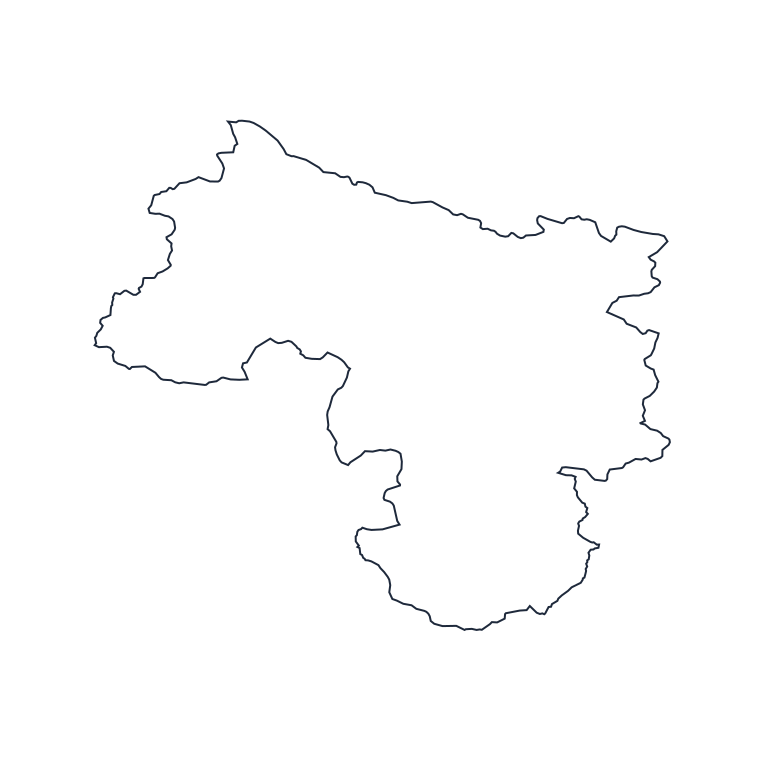 outline of Nam Nhun, Lai Chau, Vietnam, rotated 285°
{"feature_id": "81297802B14703404520131", "entity_name": "Nam Nhun", "entity_type": "district", "adm_level": 2, "iso_a3": "VNM", "parent_name": "Vietnam", "parent_adm1": "Lai Chau", "projection": "equal_earth", "projection_center": [102.988, 22.256], "detail": "fine", "context": "isolated", "style": "outline", "palette": "slate", "viewbox_px": 768, "rotation_deg": 285, "n_neighbors": 0, "source": "geoboundaries", "source_scale": "gbopen_adm2", "svg_char_len": 6153}
<svg xmlns="http://www.w3.org/2000/svg" viewBox="0 0 768 768"><g transform="rotate(285 384 384)"><path d="M457.2,648.5L462.8,643.6L467.7,640.7L468.0,637.6L469.6,632.0L474.6,629.2L475.6,629.4L480.8,634.3L482.4,634.7L488.2,635.8L494.4,635.4L499.2,636.3L504.0,636.2L504.7,626.1L503.7,624.6L500.8,623.6L499.3,621.0L500.5,618.1L503.9,613.0L505.0,602.8L508.4,598.9L511.2,580.7L521.4,583.6L524.7,587.2L528.7,588.5L534.0,601.8L535.4,607.3L538.5,612.0L540.0,615.6L541.8,617.8L547.4,620.2L550.6,623.9L553.3,624.5L554.4,624.0L556.0,621.0L556.3,615.9L557.4,614.7L562.0,613.1L563.6,613.1L568.0,615.4L571.4,614.7L572.3,613.2L573.1,609.4L575.1,606.9L582.0,613.7L595.1,620.9L599.3,616.4L599.6,610.4L598.5,604.9L597.4,593.2L597.4,585.2L598.3,575.9L597.9,572.9L596.7,570.2L595.4,568.8L591.6,568.8L588.4,569.8L587.1,568.9L584.2,568.6L580.2,566.2L583.2,555.3L585.5,552.5L594.9,546.2L595.8,540.2L595.6,537.2L594.5,534.9L594.2,532.2L596.2,529.4L596.4,528.3L593.3,524.6L592.5,520.6L590.8,518.1L586.1,516.0L585.4,514.4L585.8,499.2L586.7,491.8L586.2,490.4L583.9,489.3L581.9,489.5L578.9,491.0L574.5,498.4L572.2,498.6L567.2,491.8L564.2,482.7L561.4,480.7L560.3,478.4L560.7,475.1L563.0,469.9L562.9,467.9L558.9,465.7L557.7,463.0L557.4,457.7L558.4,454.3L559.9,452.3L560.5,450.5L560.1,447.6L560.8,443.9L559.2,439.4L560.1,436.6L564.5,436.2L566.4,434.5L567.0,432.5L566.3,422.0L568.3,416.1L568.3,414.3L566.0,410.9L565.7,406.9L568.7,401.5L569.7,394.8L572.3,384.1L572.3,382.0L565.9,363.9L566.1,359.3L565.0,350.2L566.2,344.8L566.9,337.0L566.4,325.6L571.0,322.0L572.7,318.3L573.3,314.5L573.3,311.2L572.5,306.7L571.6,305.7L569.4,305.6L568.7,303.6L569.3,301.6L574.3,297.3L574.9,296.0L574.9,294.8L573.4,291.8L572.8,288.3L574.9,282.3L573.0,270.6L576.2,265.4L580.3,250.8L580.7,237.8L580.1,235.6L580.7,230.2L584.9,226.3L591.6,218.2L598.2,204.1L600.6,197.5L602.4,190.5L602.7,186.2L601.6,178.9L600.6,175.5L598.5,173.5L597.1,165.4L594.4,169.0L586.6,173.6L583.8,176.3L577.9,180.2L575.5,178.1L568.8,178.4L565.2,167.0L563.9,164.4L562.5,163.3L561.4,163.8L555.1,170.8L550.8,173.7L540.8,173.7L537.8,172.6L536.6,171.3L534.6,163.5L535.8,151.3L533.3,149.0L527.7,141.2L525.0,134.5L518.3,131.0L517.5,129.5L518.2,127.2L517.9,125.8L513.9,123.9L511.8,119.1L509.4,118.0L507.2,113.6L506.2,112.9L496.4,112.9L492.4,111.1L488.6,113.4L489.2,119.1L490.4,123.0L489.8,128.8L490.1,132.5L488.6,137.0L486.6,139.2L480.8,141.8L478.8,141.9L473.6,140.1L469.5,135.9L467.6,136.8L464.8,142.4L461.9,142.8L458.1,144.7L454.3,143.5L447.8,143.2L443.9,147.2L443.0,147.3L439.7,145.1L435.4,141.0L432.4,136.7L427.7,135.2L426.9,134.4L424.4,125.2L423.8,124.3L417.9,125.1L415.3,124.5L413.4,122.5L412.4,122.4L409.9,124.5L406.0,121.4L405.3,118.8L407.5,110.8L406.8,109.1L402.4,105.8L402.4,101.8L401.9,100.5L397.6,99.7L396.5,100.5L392.3,100.3L390.0,101.1L388.7,100.4L386.4,100.6L379.8,101.9L376.1,97.4L375.1,95.4L372.5,93.6L369.6,94.0L367.4,97.2L363.4,96.3L359.2,93.8L356.0,93.7L353.9,92.8L348.9,95.4L346.6,94.5L345.8,99.1L348.3,106.7L348.1,110.2L345.2,114.8L341.4,114.6L336.4,117.2L334.8,121.5L334.5,129.5L332.6,133.6L332.7,134.6L335.2,136.1L339.2,148.6L335.7,160.3L332.4,165.0L331.2,167.4L331.0,169.7L332.6,177.6L331.6,181.9L331.7,186.0L333.7,190.0L336.7,211.1L337.2,212.4L340.3,214.7L343.3,221.5L347.9,225.4L348.6,227.0L348.7,234.5L350.6,243.1L353.2,251.1L359.7,246.2L363.2,242.5L367.5,242.5L369.3,246.0L386.1,250.8L398.4,262.4L396.5,268.2L396.1,271.2L397.3,274.6L400.9,280.2L400.8,283.7L397.6,289.7L396.4,290.8L395.6,293.6L394.0,295.3L391.6,295.3L390.8,298.6L389.0,301.3L389.6,307.6L391.5,315.8L393.9,318.0L399.8,321.3L397.9,332.3L396.4,336.7L394.7,339.9L390.7,344.8L390.0,347.2L387.0,346.3L380.6,346.5L371.3,344.8L369.3,343.7L366.8,340.8L358.5,337.5L347.5,337.4L342.9,336.7L339.4,337.1L329.9,340.9L325.8,341.2L324.4,344.1L315.8,352.9L314.4,353.5L310.2,353.1L307.4,354.3L303.8,356.6L298.8,361.0L297.3,363.3L296.4,370.3L299.7,371.8L308.9,380.1L314.2,383.0L315.8,390.6L319.2,397.1L320.0,402.6L322.4,407.2L322.5,412.4L322.0,415.5L320.9,418.0L313.7,421.3L306.3,422.9L298.3,420.7L293.4,422.2L291.1,425.5L290.1,425.7L283.0,414.8L281.1,413.5L278.8,412.9L273.8,413.1L272.2,414.4L271.9,420.2L270.8,423.0L269.1,424.9L255.2,432.2L252.2,435.4L243.2,420.2L239.8,409.7L239.3,405.1L239.6,400.3L237.9,399.4L236.4,397.2L234.4,396.5L230.9,396.9L229.4,396.1L224.6,397.5L221.4,401.5L219.7,400.5L219.2,402.9L213.6,405.1L213.1,407.1L210.7,408.9L210.2,410.5L209.0,411.7L209.5,414.3L209.4,417.7L207.6,425.5L205.2,428.2L202.4,432.8L198.7,437.5L196.4,439.7L191.3,442.1L184.2,443.0L178.5,447.7L178.1,452.5L176.7,459.5L177.4,467.9L175.2,473.4L175.3,481.7L174.9,483.9L173.6,486.3L171.5,488.3L167.2,490.5L165.4,494.6L165.3,503.2L169.1,516.4L167.3,525.5L168.3,526.5L170.2,532.2L170.4,537.1L171.7,540.0L171.9,542.1L179.5,548.5L181.9,549.8L183.0,555.0L188.6,561.3L193.1,560.5L194.1,561.0L200.3,573.8L202.5,580.3L207.3,582.3L202.6,590.7L202.2,594.1L203.4,596.3L203.1,598.4L204.1,599.1L211.2,600.7L212.1,603.0L214.9,603.2L219.4,607.6L221.8,607.9L225.9,610.5L231.8,615.3L236.2,617.9L242.9,625.5L246.4,626.6L247.7,626.4L248.9,627.7L252.4,627.7L255.8,627.6L257.5,626.7L260.3,627.5L262.7,625.8L264.6,626.5L266.2,625.9L267.6,627.1L271.5,626.7L273.9,625.2L277.4,626.5L278.4,629.2L279.7,630.1L281.3,633.5L284.6,633.3L283.9,631.1L285.4,627.5L284.8,626.2L284.9,624.3L287.0,616.2L289.7,610.3L292.5,609.3L297.5,609.1L299.4,607.7L300.2,607.8L301.7,608.3L304.0,610.9L305.5,610.8L307.5,612.7L311.3,614.5L312.6,612.4L316.8,612.5L317.7,610.3L320.4,608.9L320.7,606.2L324.7,600.6L326.6,599.1L329.8,598.3L332.4,594.7L339.4,594.5L341.7,592.8L343.9,593.1L344.3,588.8L343.0,583.4L343.3,575.2L345.0,576.8L349.4,577.7L350.7,581.1L353.3,599.2L352.7,602.1L347.7,609.2L346.1,612.4L347.5,622.2L348.1,623.3L349.9,624.2L354.5,623.2L359.8,624.2L364.4,635.5L365.4,636.5L369.7,638.0L371.4,640.9L376.7,646.4L377.7,652.3L380.1,655.7L379.9,658.1L378.3,661.5L384.3,670.3L386.4,671.5L392.4,670.0L398.9,674.7L401.8,675.2L404.1,674.1L404.9,672.9L405.9,667.1L408.3,664.0L409.6,659.9L409.4,653.0L412.4,646.7L412.3,642.1L412.6,641.8L415.9,645.6L420.3,642.2L426.2,642.9L431.3,639.3L436.1,638.7L437.4,639.5L441.3,643.8L446.6,646.9L451.2,648.5L455.6,647.9L457.2,648.5Z" fill="none" stroke="#1e293b" stroke-width="2"/></g></svg>